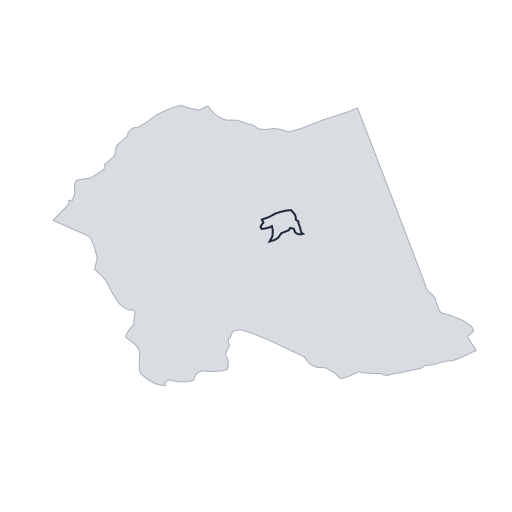 Luweero on a map of Uganda (Albers equal-area conic projection), rotated 249°
{"feature_id": "UGA-3092", "entity_name": "Luweero", "entity_type": "County", "adm_level": 1, "iso_a3": "UGA", "parent_name": "Uganda", "parent_adm1": "", "projection": "albers", "projection_center": [32.54, 0.844], "detail": "fine", "context": "in_parent", "style": "outline", "palette": "slate", "viewbox_px": 512, "rotation_deg": 249, "n_neighbors": 0, "source": "natural_earth", "source_scale": "10m", "svg_char_len": 2863}
<svg xmlns="http://www.w3.org/2000/svg" viewBox="0 0 512 512"><g transform="rotate(249 256 256)"><path d="M357.8,403.8L351.0,403.8L339.9,403.8L328.9,403.8L317.8,403.9L306.8,403.9L295.7,403.9L284.6,403.9L273.6,403.9L262.5,403.9L251.5,403.9L240.4,403.9L229.3,403.9L218.3,403.8L207.2,403.8L196.2,403.8L185.1,403.8L174.0,403.8L167.5,403.8L166.2,403.6L165.3,403.3L161.1,404.1L156.8,406.8L152.2,408.0L147.3,407.5L146.7,407.8L144.2,407.7L140.6,407.5L137.4,408.2L134.9,410.6L132.3,414.7L127.8,419.4L124.2,423.5L121.2,426.4L114.3,431.3L110.5,432.7L108.7,432.5L107.5,431.6L105.4,425.4L104.0,424.4L90.6,427.5L88.6,427.6L88.8,425.6L87.8,411.0L87.7,402.1L89.5,396.5L90.5,390.1L90.6,384.4L93.1,374.7L92.2,368.9L95.4,348.5L96.3,345.2L97.6,335.4L99.5,332.3L101.3,331.1L103.6,325.1L108.0,315.5L111.1,310.5L110.4,299.6L110.9,292.2L111.6,290.6L118.1,287.9L126.6,281.0L130.2,273.0L135.2,267.9L144.9,264.6L173.8,237.0L187.3,222.2L193.1,214.6L193.3,211.8L194.4,208.3L192.1,205.4L189.3,202.9L188.4,200.6L186.0,199.4L182.5,199.4L180.3,197.7L177.7,194.4L175.1,192.3L166.9,192.4L160.6,189.0L160.7,184.3L163.2,175.2L168.0,164.7L168.2,161.8L167.6,159.3L166.4,157.2L164.3,155.0L162.2,152.5L163.8,145.0L166.8,137.6L169.3,133.9L171.7,129.7L171.0,126.3L167.5,124.6L169.4,121.3L173.2,115.7L180.5,110.1L187.0,106.3L191.3,106.3L199.7,109.3L207.3,112.9L211.5,113.1L216.5,111.6L227.0,105.3L229.5,107.3L232.6,111.1L235.9,117.4L242.5,120.3L245.7,122.3L247.9,122.9L249.2,122.4L251.7,117.4L254.7,114.7L260.3,111.3L272.7,108.6L281.5,107.8L285.2,107.2L291.4,105.6L301.3,100.5L311.0,107.0L321.6,108.3L331.8,108.2L334.9,106.3L336.7,104.7L347.4,93.9L361.9,79.3L371.6,99.9L374.9,101.1L374.5,102.9L373.7,104.6L380.0,109.6L387.8,112.1L390.6,114.7L390.8,117.4L388.2,129.5L388.7,132.9L391.2,145.0L395.9,147.7L400.0,159.8L408.4,164.9L409.5,166.4L411.5,172.3L414.0,178.7L416.0,180.2L417.2,180.6L419.7,187.4L418.3,191.3L420.3,202.9L423.4,213.4L424.3,225.8L424.3,231.3L424.2,234.7L423.5,239.4L422.0,242.1L419.4,244.8L416.4,249.0L413.9,253.5L412.3,255.7L413.5,262.5L413.2,264.2L412.5,265.1L408.8,266.1L403.9,267.9L401.0,269.7L396.9,273.1L393.6,276.8L389.2,287.7L381.8,296.2L380.6,299.0L373.7,304.0L370.6,310.2L368.7,317.9L366.0,323.3L360.2,330.8L358.9,342.7L359.1,366.3L357.6,393.2L357.8,403.8Z" fill="#d9dde1" stroke="#a8b0b8" stroke-width="1"/><path d="M281.4,270.6L283.1,272.3L284.5,274.9L287.9,274.5L287.7,281.9L288.7,289.2L288.4,294.9L287.5,301.0L286.2,305.2L281.1,307.1L278.2,307.1L275.5,306.2L273.1,307.9L270.8,307.3L267.7,307.4L261.8,306.7L260.9,307.1L259.9,307.8L260.2,305.3L261.4,303.1L262.4,302.1L263.5,301.3L264.9,301.0L266.5,301.0L267.7,301.1L268.4,300.4L269.0,299.3L269.9,298.3L269.6,297.3L268.8,296.6L268.3,295.5L268.2,287.9L265.0,283.0L264.3,279.1L264.7,273.9L268.6,278.5L274.2,281.0L278.2,281.5L277.9,278.4L278.4,274.5L279.2,271.1L281.4,270.6Z" fill="none" stroke="#1e293b" stroke-width="2"/></g></svg>